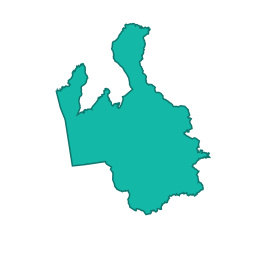 Poxoréu, Mato Grosso, Brazil (Robinson projection), rotated 331°
{"feature_id": "56859067B72857844459056", "entity_name": "Poxoréu", "entity_type": "district", "adm_level": 2, "iso_a3": "BRA", "parent_name": "Brazil", "parent_adm1": "Mato Grosso", "projection": "robinson", "projection_center": [-54.104, -15.809], "detail": "fine", "context": "isolated", "style": "filled", "palette": "teal", "viewbox_px": 256, "rotation_deg": 331, "n_neighbors": 0, "source": "geoboundaries", "source_scale": "gbopen_adm2", "svg_char_len": 5835}
<svg xmlns="http://www.w3.org/2000/svg" viewBox="0 0 256 256"><g transform="rotate(331 128 128)"><path d="M74.3,139.8L74.9,139.6L75.7,140.3L92.0,146.4L91.6,147.7L92.0,149.6L94.6,153.9L94.4,154.5L92.7,155.6L93.1,160.0L89.6,165.9L89.0,170.4L88.2,172.7L88.3,174.1L88.8,175.2L88.6,176.1L90.7,179.1L91.6,179.8L92.1,180.9L93.9,181.0L95.1,182.0L96.0,181.7L96.5,182.4L97.9,182.9L97.4,184.0L97.5,185.9L96.6,187.9L95.6,189.0L93.3,190.4L92.8,192.8L91.9,193.8L92.0,195.9L91.3,198.0L94.2,203.6L94.9,204.2L95.5,203.7L95.6,203.0L96.1,202.7L96.8,203.0L98.7,204.7L99.9,206.9L100.5,206.9L101.0,207.6L101.7,209.2L101.5,209.8L101.8,212.4L106.4,213.8L107.7,212.7L107.6,211.8L108.6,211.7L109.9,212.7L110.4,212.2L111.0,212.5L111.4,214.6L111.8,214.9L113.4,214.7L114.5,213.0L115.6,213.2L116.8,214.8L117.8,215.2L119.0,212.7L120.6,212.1L120.9,211.0L122.4,211.4L124.0,211.2L124.4,210.6L125.0,211.7L126.2,212.1L126.8,211.7L127.0,210.8L128.0,210.6L128.9,209.7L130.0,209.7L130.3,208.0L131.4,207.4L132.9,208.6L134.3,208.2L136.2,208.4L137.2,210.1L138.6,209.2L139.1,210.9L139.9,211.2L140.1,211.9L141.6,210.8L144.6,211.6L144.9,211.2L145.4,211.7L145.0,212.7L147.9,213.3L147.4,215.3L148.2,216.6L149.9,216.2L150.4,216.3L150.6,217.0L151.8,217.8L152.3,217.4L152.9,217.5L153.3,219.7L155.0,219.4L155.7,218.9L155.7,219.4L156.5,219.2L157.1,218.4L159.7,218.3L161.7,217.6L163.7,218.1L164.5,217.2L164.8,215.5L165.5,214.2L165.1,213.1L165.3,211.9L164.4,211.1L164.6,210.7L163.8,209.2L163.3,209.3L164.4,207.8L164.6,206.3L165.6,204.2L165.2,202.3L167.3,200.9L168.6,200.6L169.0,200.1L168.2,199.5L167.6,197.2L166.5,195.8L166.6,194.8L166.3,194.2L165.9,194.1L165.5,192.9L167.9,191.2L169.1,191.8L170.0,191.7L173.2,190.0L174.3,190.2L175.1,189.1L176.0,189.9L177.8,189.8L179.0,190.7L180.4,190.2L181.2,191.6L181.7,192.0L182.8,191.9L185.1,193.2L184.8,191.6L183.8,191.6L182.8,191.0L184.8,190.7L186.7,189.5L186.4,188.9L184.3,188.8L184.1,188.3L184.4,187.8L183.3,187.1L182.7,186.1L180.5,185.6L182.2,183.7L181.9,183.3L181.4,183.5L180.6,182.5L179.2,183.9L177.3,183.3L177.4,182.6L178.0,182.4L178.5,181.5L177.8,180.7L178.3,179.1L179.3,178.9L179.8,178.4L180.7,179.1L181.8,176.3L184.1,174.0L182.2,169.8L181.4,168.9L179.0,168.7L177.0,165.7L176.4,164.2L175.9,164.2L175.5,163.7L174.8,161.3L174.2,161.0L174.6,160.5L174.6,159.3L176.7,159.5L178.4,158.4L178.8,158.4L178.4,160.5L178.8,160.8L179.4,160.9L179.9,159.9L180.7,159.2L183.7,159.5L184.7,156.6L184.5,154.3L185.3,151.9L187.8,150.6L186.8,149.0L186.2,149.0L185.4,148.1L186.1,147.1L187.2,147.1L188.2,146.6L188.9,142.6L189.5,141.4L188.1,136.6L185.5,134.6L184.1,133.9L182.4,134.1L180.9,132.6L178.5,131.5L178.0,130.7L178.1,129.1L177.4,127.0L176.5,126.0L176.4,124.9L174.5,121.2L173.2,120.3L173.4,119.4L173.0,118.6L174.1,116.8L173.5,113.7L172.1,111.7L170.1,110.9L169.6,109.8L169.9,107.8L170.6,106.2L171.4,105.9L171.3,105.1L170.7,103.5L170.1,103.0L169.9,101.6L167.6,100.1L167.1,100.3L166.1,98.1L166.2,96.3L167.0,95.2L166.9,94.5L169.0,91.7L168.6,89.1L167.6,87.5L167.8,86.6L169.0,85.2L168.9,83.7L169.2,83.0L169.0,82.5L169.4,81.2L169.0,80.1L169.1,79.0L169.8,77.3L169.9,76.0L170.3,75.6L172.4,75.3L173.3,74.4L174.0,74.9L174.4,74.6L175.3,71.2L175.9,71.3L176.2,70.8L177.4,70.5L177.7,69.8L178.3,69.5L178.6,68.3L180.1,67.4L180.0,66.6L180.4,65.7L182.0,64.9L182.6,64.0L183.4,63.5L184.0,62.3L184.2,60.3L184.7,60.0L184.8,57.3L185.5,55.9L191.0,55.0L191.5,55.5L192.7,53.7L192.7,53.0L193.8,53.0L194.1,52.5L194.9,52.6L195.0,51.9L194.3,51.7L194.0,51.2L194.9,50.2L194.5,49.8L192.6,49.7L191.9,48.2L189.7,48.2L189.3,47.7L189.1,45.6L188.7,45.2L187.8,46.0L187.8,46.9L187.1,46.6L187.3,43.7L186.2,42.8L185.9,41.9L184.7,41.5L184.3,42.0L184.2,40.3L183.7,39.6L182.4,38.9L181.6,38.9L180.6,38.1L177.6,37.6L176.8,36.5L176.0,36.3L175.1,36.8L174.8,38.7L174.4,39.4L173.2,39.0L172.8,38.4L171.2,38.9L171.3,40.3L169.0,40.8L167.8,41.6L165.8,42.3L162.6,44.7L158.8,45.7L157.1,45.3L155.8,46.0L153.4,49.6L152.2,50.7L152.0,52.1L152.2,53.7L150.7,57.8L150.0,58.1L149.9,59.0L149.1,60.0L149.4,61.0L149.1,63.1L150.8,66.3L151.5,70.0L152.5,72.1L152.7,74.3L152.5,75.8L153.0,80.0L152.9,84.7L151.3,89.4L150.5,90.6L150.3,93.8L150.9,96.4L140.6,98.5L138.4,98.0L138.2,99.4L137.3,101.1L133.3,104.7L132.3,105.0L131.1,106.1L129.4,106.1L129.6,105.4L128.9,104.3L130.8,103.8L132.2,102.7L132.7,102.1L132.3,101.6L130.9,101.5L130.4,102.1L129.6,102.0L129.6,100.8L127.7,100.4L127.2,100.4L126.4,101.2L125.1,101.1L125.1,98.8L125.7,97.4L125.6,95.7L124.8,95.4L125.0,94.1L125.5,94.1L125.8,93.5L125.6,90.2L127.3,88.3L128.5,88.5L129.5,87.7L129.7,86.7L129.5,84.5L129.1,83.9L128.4,83.9L128.1,82.9L127.5,82.6L127.0,82.6L126.7,84.0L125.7,83.7L124.8,83.9L124.8,84.6L123.6,86.8L121.1,86.3L120.9,87.6L120.4,87.9L118.7,87.2L118.1,87.6L117.5,88.8L117.5,88.0L116.7,88.1L112.8,90.1L107.2,92.2L105.2,93.5L105.2,94.1L104.6,93.4L101.5,92.0L101.1,92.4L99.9,92.2L99.8,91.5L99.3,91.1L97.3,91.8L97.5,92.8L97.2,93.3L96.6,93.3L96.8,92.6L96.4,92.0L95.6,92.3L95.3,91.8L94.3,91.5L90.2,91.9L95.9,87.1L97.0,84.5L97.8,81.0L100.5,77.7L101.6,77.1L102.9,77.0L103.6,76.4L104.4,75.1L104.6,73.3L105.5,72.5L106.8,69.6L108.0,69.0L111.4,68.7L113.4,67.9L115.6,65.4L117.0,64.7L117.5,62.3L117.1,61.0L117.3,59.2L117.8,57.6L118.5,57.0L120.0,53.7L119.7,50.9L120.0,50.3L119.6,49.9L119.2,50.5L118.1,50.6L117.6,50.1L117.9,49.5L117.4,49.5L116.2,50.5L115.1,50.9L114.9,49.5L113.5,50.1L113.5,49.4L113.1,49.1L112.4,50.4L110.1,51.3L109.6,52.3L108.8,51.8L108.9,52.5L108.5,52.8L108.0,52.0L107.2,51.9L106.5,53.1L105.9,53.0L105.6,54.3L104.5,55.8L102.1,57.2L98.9,57.6L98.3,58.9L97.3,59.6L97.4,60.3L98.3,61.1L97.8,61.7L98.2,62.1L96.8,62.9L95.1,62.3L94.0,61.1L92.5,61.8L92.3,61.3L91.6,61.0L91.3,61.5L90.8,61.4L90.6,60.2L89.9,60.4L89.4,61.9L88.5,61.8L87.7,61.3L87.7,62.3L87.3,62.8L86.9,62.9L85.8,61.5L85.2,61.6L84.4,61.1L84.5,60.5L83.6,61.4L83.1,61.2L78.7,77.7L77.1,90.3L61.0,134.2L74.3,139.8ZM117.5,88.0L117.2,87.2L116.7,87.3L117.5,88.0Z" fill="#14b8a6" stroke="#0f766e" stroke-width="1.5"/></g></svg>